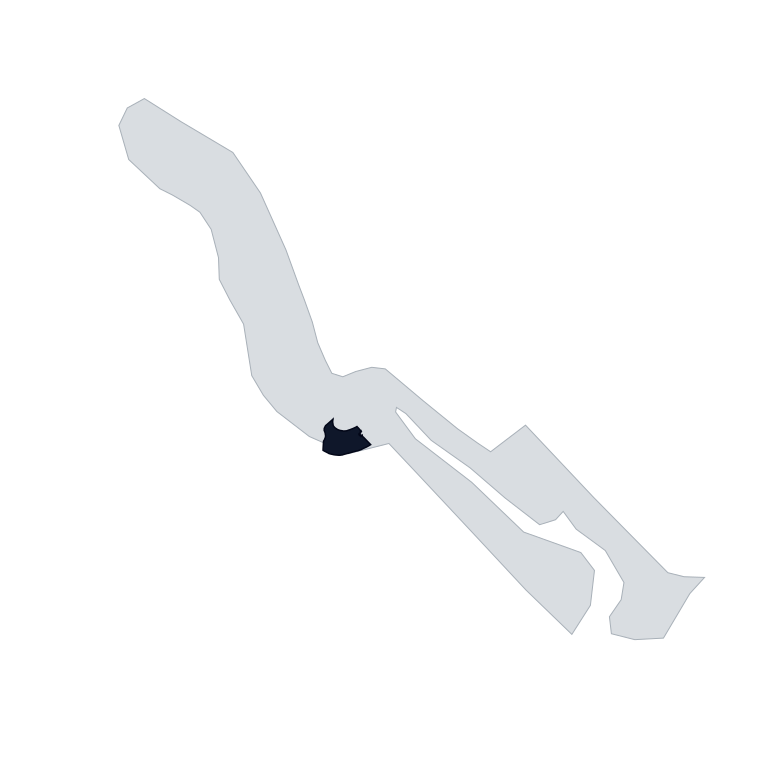 Lower Saloum, Central River, Gambia shown in context, rotated 226°
{"feature_id": "56634734B70409077095290", "entity_name": "Lower Saloum", "entity_type": "district", "adm_level": 2, "iso_a3": "GMB", "parent_name": "Gambia", "parent_adm1": "Central River", "projection": "orthographic", "projection_center": [-15.38, 13.709], "detail": "fine", "context": "in_parent", "style": "filled", "palette": "ink", "viewbox_px": 768, "rotation_deg": 226, "n_neighbors": 0, "source": "geoboundaries", "source_scale": "gbopen_adm2", "svg_char_len": 3231}
<svg xmlns="http://www.w3.org/2000/svg" viewBox="0 0 768 768"><g transform="rotate(226 384 384)"><path d="M73.4,345.2L137.1,343.0L214.3,344.4L298.3,345.7L337.8,346.2L358.7,309.9L398.1,293.8L438.6,287.8L459.7,289.4L481.9,294.7L524.6,324.6L551.2,331.4L573.7,338.2L589.8,352.7L615.3,367.1L635.4,370.9L647.3,368.6L667.2,363.0L680.2,358.4L722.8,356.3L754.2,372.9L760.9,391.1L755.8,409.9L713.7,420.2L655.5,436.1L607.2,427.8L548.5,406.6L514.2,391.3L499.9,385.2L478.4,375.5L459.7,365.0L441.7,358.2L427.9,353.9L417.8,359.4L412.6,372.4L404.5,386.8L394.0,395.4L344.8,400.5L300.7,405.8L277.0,410.2L261.2,413.6L256.1,457.2L206.1,456.6L156.9,456.0L106.0,456.5L51.1,457.1L37.0,465.9L22.2,480.2L20.8,458.4L7.1,408.5L25.9,386.8L46.4,374.1L60.0,384.5L64.1,404.8L74.5,418.7L110.5,427.5L146.1,421.4L167.9,424.4L167.2,413.1L174.7,398.2L218.0,391.9L263.7,387.7L310.7,378.8L347.5,379.2L358.5,376.7L355.8,372.9L322.8,368.5L252.3,378.8L180.5,381.6L126.0,408.5L103.7,405.9L81.4,378.7L73.4,345.2Z" fill="#d9dde1" stroke="#a8b0b8" stroke-width="1"/><path d="M394.2,323.0L394.2,321.7L394.3,319.5L394.4,317.0L394.5,314.8L394.5,314.4L394.6,313.9L394.6,312.9L393.6,310.2L393.0,309.6L392.3,308.8L389.7,307.7L388.8,307.0L388.2,306.6L387.1,305.8L386.7,305.2L386.5,304.9L386.2,304.5L385.9,303.7L385.3,302.5L385.1,301.6L385.0,301.3L384.9,300.8L384.7,300.6L380.3,295.8L378.7,294.1L378.4,294.1L377.6,294.4L376.5,294.7L376.0,294.9L375.4,295.1L374.6,295.4L374.2,295.5L373.7,295.7L373.4,295.8L372.2,296.1L371.8,296.4L371.5,296.5L371.0,296.8L370.2,297.3L369.8,297.6L368.7,298.3L368.2,298.6L367.9,298.9L367.7,299.0L366.9,299.6L366.5,299.9L365.9,300.5L365.7,300.7L365.5,300.8L364.3,301.9L364.0,302.1L363.1,303.2L362.6,303.9L362.0,304.6L361.6,305.5L361.1,306.4L360.9,306.9L360.7,307.2L360.1,308.2L360.0,308.5L359.8,308.8L359.4,309.5L359.3,309.8L359.0,310.1L358.7,310.7L357.8,312.4L356.8,314.2L356.8,314.3L355.3,316.9L355.1,317.3L354.2,318.7L353.7,319.8L353.1,321.0L352.9,321.5L352.8,321.9L352.6,322.3L352.2,323.6L351.8,325.0L351.4,325.9L351.4,326.0L351.2,326.7L351.0,327.1L350.5,328.8L350.0,330.7L349.9,331.4L349.6,332.2L349.6,332.3L353.2,332.3L353.3,332.3L357.5,332.3L359.4,332.3L359.5,332.3L359.9,332.3L360.1,332.2L360.3,332.1L360.7,332.2L360.9,331.9L361.0,331.7L361.0,332.0L361.6,332.2L361.8,331.8L361.9,332.1L361.9,332.5L362.2,332.7L362.2,332.4L362.5,332.3L362.9,332.0L363.1,332.0L363.3,332.0L363.3,331.9L363.2,331.6L363.4,331.7L363.5,331.5L363.8,331.7L364.0,331.6L363.9,330.9L363.9,330.7L364.1,330.7L364.5,330.8L364.8,330.8L364.8,331.0L365.4,331.2L365.6,331.4L365.6,332.0L365.5,332.3L365.1,332.5L365.1,333.2L365.4,333.5L365.6,333.5L365.8,333.6L365.6,333.8L365.6,334.0L365.5,334.6L366.2,334.7L366.4,335.0L366.5,335.1L366.8,334.8L367.2,334.8L367.3,334.8L367.9,334.9L369.7,334.9L369.7,335.0L370.7,335.0L370.9,334.9L372.2,335.0L372.5,333.7L373.2,331.7L373.5,330.8L374.2,329.2L374.8,327.7L375.4,326.6L375.5,326.3L376.2,324.8L376.2,324.7L377.1,323.6L378.3,322.2L379.2,321.6L380.4,320.7L381.2,320.1L382.6,319.4L382.9,319.2L383.9,318.9L384.5,318.7L384.8,318.7L385.6,318.5L386.1,318.4L387.3,318.3L388.1,318.4L389.1,318.5L389.9,318.9L390.5,319.4L392.0,320.4L392.8,321.2L393.4,321.8L393.6,322.2L394.0,322.8L394.2,323.0Z" fill="#0f172a" stroke="#020617" stroke-width="1.5"/></g></svg>